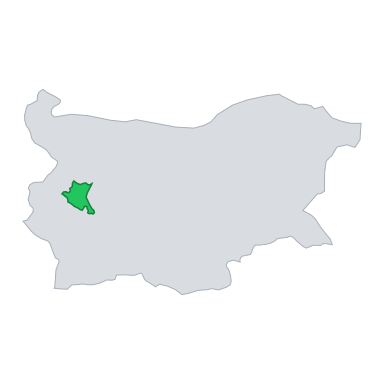 Bulgaria, with Grad Sofiya highlighted
{"feature_id": "BGR-2243", "entity_name": "Grad Sofiya", "entity_type": "Province", "adm_level": 1, "iso_a3": "BGR", "parent_name": "Bulgaria", "parent_adm1": "", "projection": "natural_earth1", "projection_center": [23.369, 42.657], "detail": "fine", "context": "in_parent", "style": "filled", "palette": "green", "viewbox_px": 384, "rotation_deg": 0, "n_neighbors": 0, "source": "natural_earth", "source_scale": "10m", "svg_char_len": 2853}
<svg xmlns="http://www.w3.org/2000/svg" viewBox="0 0 384 384"><path d="M332.2,244.7L324.8,243.5L322.3,243.9L320.6,245.6L317.2,245.3L313.0,245.3L308.6,247.2L306.1,248.1L302.8,246.3L296.6,240.9L292.9,237.2L290.1,236.2L287.3,237.3L277.5,238.6L275.1,240.8L270.6,243.2L266.0,244.3L259.4,245.1L255.9,245.0L254.0,246.2L252.4,249.7L251.3,253.1L250.4,254.5L242.1,256.2L240.4,258.2L239.9,260.1L240.1,262.1L233.5,260.2L228.4,261.5L227.2,262.9L226.2,265.1L226.8,267.3L228.7,269.5L230.5,275.5L231.2,281.4L230.2,284.8L226.4,287.2L218.6,289.9L211.0,288.6L207.7,289.7L202.1,290.0L196.9,290.7L189.0,293.2L181.9,294.6L175.4,289.6L167.7,286.2L159.7,284.2L156.9,285.7L155.7,286.9L149.0,282.5L145.9,280.9L144.5,279.2L141.7,273.3L140.0,273.2L134.5,275.3L129.2,275.2L125.9,274.8L116.4,275.1L115.2,279.1L114.0,279.7L111.9,280.2L106.8,280.0L100.4,282.9L93.4,284.7L88.0,284.8L82.4,283.9L79.0,284.5L71.8,284.9L67.2,289.2L60.1,288.9L54.1,288.2L54.8,286.9L56.0,269.7L59.0,262.1L58.9,260.5L58.3,259.3L55.6,258.1L53.8,253.9L49.8,243.1L47.6,240.9L41.4,238.6L36.0,235.4L31.4,231.3L23.0,221.1L27.3,220.0L28.6,218.0L32.8,212.4L33.3,209.6L32.9,208.0L30.1,205.3L28.1,199.5L29.6,193.9L29.8,191.1L28.3,188.3L29.8,184.8L32.9,182.9L34.8,182.4L42.9,182.0L48.0,175.0L51.1,172.8L54.2,168.8L55.7,167.4L57.1,164.3L57.6,161.2L51.2,156.8L49.1,153.5L46.3,149.8L42.4,147.3L34.7,142.9L31.8,138.5L30.4,132.8L28.4,128.5L26.2,125.7L25.7,123.4L24.8,120.6L24.6,115.1L26.5,107.7L27.6,105.1L30.3,104.4L37.2,100.5L37.5,95.5L38.8,92.4L41.0,90.6L43.0,89.4L46.8,92.3L56.0,97.0L60.5,100.3L60.2,102.4L58.1,104.5L54.1,106.5L51.8,109.2L51.2,112.5L51.8,114.9L54.5,117.0L71.1,114.3L87.8,115.6L110.3,120.2L125.2,121.8L136.3,119.7L156.7,123.5L175.7,127.1L194.0,128.1L204.2,125.3L211.3,121.6L217.5,114.5L232.6,105.1L247.3,99.9L266.6,95.7L279.5,94.2L281.3,95.7L297.9,104.2L305.3,104.3L311.2,105.8L313.4,108.1L314.9,108.6L322.7,106.5L326.3,111.2L331.9,117.8L341.3,121.2L349.6,123.1L352.2,123.4L361.0,123.3L360.0,139.7L355.0,147.4L347.0,144.8L337.0,147.0L331.8,155.7L328.8,158.3L326.1,161.3L324.6,172.6L324.5,191.2L320.7,193.5L317.2,194.1L302.8,210.5L311.3,215.1L315.1,218.6L321.4,228.3L330.4,239.4L332.2,244.7Z" fill="#d9dde1" stroke="#a8b0b8" stroke-width="1"/><path d="M73.7,181.0L74.5,181.3L75.2,182.1L77.9,183.8L80.6,184.5L83.3,183.4L85.8,182.9L87.9,184.7L89.9,184.8L91.9,183.6L91.2,185.4L90.1,187.3L87.1,193.3L86.1,197.5L87.0,199.0L89.3,204.2L92.1,208.9L93.8,210.4L94.4,212.7L93.0,214.0L91.5,213.4L89.2,213.7L87.7,212.8L88.3,210.5L87.2,208.7L86.9,207.5L86.9,206.6L84.7,206.2L83.6,208.2L82.3,210.2L80.3,209.7L78.4,208.3L73.9,206.1L72.9,205.0L69.7,202.7L68.0,202.1L67.8,199.7L67.4,198.4L66.8,197.3L65.7,196.7L64.7,196.0L63.5,194.8L62.0,193.9L63.7,191.9L66.0,191.7L67.1,192.4L68.4,192.6L69.4,192.1L70.2,191.2L70.3,189.9L69.7,188.6L72.3,186.6L72.4,183.4L73.7,181.0Z" fill="#22c55e" stroke="#15803d" stroke-width="1.5"/></svg>